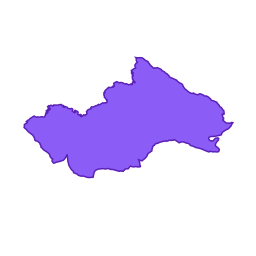 Litjotjela, Leribe, Lesotho (Albers equal-area conic projection), rotated 123°
{"feature_id": "5366337B63854375495217", "entity_name": "Litjotjela", "entity_type": "district", "adm_level": 2, "iso_a3": "LSO", "parent_name": "Lesotho", "parent_adm1": "Leribe", "projection": "albers", "projection_center": [28.008, -28.934], "detail": "fine", "context": "isolated", "style": "filled", "palette": "violet", "viewbox_px": 256, "rotation_deg": 123, "n_neighbors": 0, "source": "geoboundaries", "source_scale": "gbopen_adm2", "svg_char_len": 5824}
<svg xmlns="http://www.w3.org/2000/svg" viewBox="0 0 256 256"><g transform="rotate(123 128 128)"><path d="M181.7,216.8L182.8,215.9L184.2,215.4L184.6,212.3L185.0,211.3L185.4,209.9L185.9,203.8L187.4,200.9L188.3,200.1L188.9,199.4L189.0,198.3L188.5,197.3L188.4,196.1L188.7,194.3L189.0,193.3L189.7,192.7L190.1,191.6L191.5,190.5L191.6,189.3L192.3,186.7L192.3,182.3L192.7,180.0L193.3,178.8L194.3,177.9L195.1,175.7L195.1,174.2L196.1,174.2L197.1,173.7L197.8,172.2L198.0,171.2L197.2,170.4L195.6,169.4L193.3,167.1L190.3,164.7L188.6,164.3L185.3,164.3L183.2,164.7L188.9,160.1L190.0,158.7L191.3,157.6L193.4,153.6L193.9,151.9L194.1,150.2L195.1,149.3L194.4,145.7L194.7,143.8L193.9,141.0L192.7,139.5L191.4,134.8L190.1,132.7L189.5,132.1L188.4,130.4L184.9,131.8L183.4,132.2L181.7,132.3L180.3,131.7L178.7,130.6L175.5,126.6L174.8,124.7L173.3,123.3L172.8,122.4L172.0,119.6L171.4,118.8L171.0,117.9L169.1,111.8L168.6,111.3L167.5,109.9L167.5,109.3L167.0,109.0L166.8,108.4L166.1,108.5L165.5,108.1L164.2,108.1L162.7,106.7L162.4,105.9L162.0,105.6L159.8,105.5L158.6,105.1L158.3,103.7L157.8,102.6L157.2,101.6L156.1,100.5L155.4,98.7L154.8,97.9L154.2,97.6L154.2,96.9L153.6,96.6L152.9,97.1L152.0,98.5L151.1,99.0L150.4,99.6L148.8,101.8L148.3,99.4L147.8,98.3L144.2,97.2L141.5,96.8L139.4,97.2L138.2,97.2L134.3,95.5L132.0,96.6L130.8,96.8L130.1,97.2L128.5,96.9L128.1,96.4L127.0,96.7L126.0,95.9L125.4,95.8L124.9,95.4L124.7,94.7L123.4,94.1L122.6,93.5L119.4,90.6L118.3,89.3L118.4,88.8L118.2,88.5L116.7,87.2L115.6,86.5L115.1,85.7L115.1,85.2L114.5,84.7L113.8,83.5L112.6,83.1L112.4,78.7L112.6,77.3L112.5,77.0L111.3,76.2L110.3,75.2L109.4,73.8L109.0,71.2L108.3,69.6L108.0,67.9L108.5,67.1L108.5,65.4L107.9,64.0L107.4,60.2L106.6,58.5L105.6,55.3L104.6,49.6L104.0,47.0L103.3,47.0L103.0,46.8L101.7,43.7L100.4,41.9L99.6,40.3L98.8,39.4L98.2,39.2L97.2,39.3L96.2,39.8L95.8,40.9L95.5,42.6L95.4,44.8L94.8,45.4L93.1,46.0L91.3,46.0L89.0,45.6L87.3,46.3L87.3,47.1L87.6,47.6L88.8,48.9L89.5,49.2L92.5,49.7L92.9,49.9L93.0,50.6L93.8,52.0L93.8,53.2L92.9,54.6L92.1,54.9L91.7,55.0L91.1,54.7L90.3,54.1L89.6,53.4L87.9,50.8L83.3,46.3L82.7,46.0L81.4,46.5L80.4,46.5L79.2,46.2L75.4,44.4L75.0,43.9L73.1,43.2L70.1,42.7L67.4,43.1L66.5,42.9L66.6,43.6L66.9,44.1L67.4,44.5L67.8,44.4L68.5,45.0L68.8,46.0L69.5,46.8L70.2,48.1L70.3,48.6L69.8,52.7L69.3,53.1L68.4,52.7L68.0,52.9L67.6,53.3L67.4,54.2L65.5,56.3L65.0,56.4L64.6,56.1L64.7,55.7L64.5,55.2L64.0,55.0L63.5,55.2L61.2,57.2L61.0,58.7L60.2,60.3L60.0,61.0L60.1,62.2L59.9,63.0L59.0,64.6L58.7,66.6L58.0,67.6L58.7,71.2L59.3,73.0L59.2,73.8L58.5,74.8L58.7,76.1L58.2,76.9L58.5,79.9L59.0,80.3L59.3,80.8L59.4,81.5L59.4,83.5L60.1,86.3L60.6,86.8L61.9,87.3L62.3,88.0L63.0,90.1L63.1,92.3L64.0,92.8L64.4,93.7L64.8,95.9L64.2,101.3L63.4,103.8L62.0,105.8L61.7,107.1L62.1,109.7L61.9,110.3L62.0,111.3L61.4,113.2L62.6,121.1L62.5,121.5L61.7,122.4L61.7,123.3L61.3,124.7L61.5,126.2L61.2,127.2L61.1,128.3L61.4,130.3L60.8,132.1L60.8,132.5L61.4,136.4L62.7,137.3L62.8,138.1L63.9,139.2L63.5,141.5L62.9,144.2L62.3,145.4L62.3,146.0L61.5,147.1L61.4,148.0L61.8,149.7L61.4,153.3L61.5,154.2L61.9,155.4L64.1,158.5L64.7,159.9L65.0,159.1L66.7,158.0L68.0,155.9L69.3,156.5L71.5,156.5L72.5,155.7L73.4,154.3L76.1,155.8L78.0,156.5L78.8,155.6L78.6,154.1L79.0,153.5L79.5,153.6L79.4,154.7L79.6,155.1L80.0,155.1L80.4,153.9L81.2,153.3L80.9,152.6L80.9,152.3L81.3,152.1L82.3,152.5L83.0,152.2L83.4,151.7L84.6,150.8L84.6,150.1L85.6,149.3L86.2,149.2L86.2,148.8L85.4,148.6L85.3,148.3L86.1,146.9L86.3,147.2L86.2,147.8L87.2,148.8L88.1,148.9L89.2,148.1L89.5,148.5L89.4,149.5L90.2,149.6L91.0,150.8L91.5,151.1L91.7,153.3L91.9,153.8L92.3,153.9L92.7,154.4L92.9,155.8L93.0,157.0L93.7,158.8L94.9,160.1L95.3,162.8L95.8,163.1L96.4,163.1L96.7,163.6L97.6,164.0L98.2,164.3L98.6,164.2L99.8,162.7L100.7,162.4L101.0,163.4L101.3,163.4L101.3,162.7L101.7,162.6L101.9,162.7L101.9,163.2L102.2,163.7L103.1,164.2L103.8,164.9L104.2,166.2L104.4,166.3L105.3,166.7L105.8,166.5L107.0,167.1L109.2,167.6L109.7,167.3L110.4,167.4L110.8,166.8L111.0,167.2L111.6,167.4L112.4,166.7L113.4,166.4L113.4,165.9L113.7,165.6L114.4,164.9L115.0,164.7L115.3,163.3L115.9,161.7L115.8,161.1L116.0,161.0L116.8,160.8L116.8,160.2L117.2,159.8L118.4,159.7L119.1,160.5L119.5,161.3L120.5,161.9L120.6,162.9L124.3,164.6L124.4,164.9L124.2,165.5L124.5,165.7L126.1,166.3L127.2,167.4L128.6,168.0L129.2,168.7L129.7,169.1L130.0,170.0L131.0,170.3L132.1,169.4L133.1,170.6L134.9,171.6L136.1,171.7L136.7,171.3L137.1,171.6L137.5,171.0L138.4,170.4L138.6,170.1L138.9,170.1L139.8,170.7L140.9,170.9L140.9,172.0L141.1,172.4L143.2,172.7L143.9,173.4L144.0,174.2L143.7,174.7L143.2,174.6L142.7,174.2L142.4,174.6L142.6,175.4L143.9,176.5L143.9,177.5L143.7,177.7L142.6,178.1L142.0,178.4L141.6,179.2L141.6,179.6L141.9,180.7L141.9,181.7L142.3,182.2L142.7,182.2L143.5,180.6L144.2,181.1L144.4,182.2L144.1,184.0L142.9,184.2L142.4,184.6L142.2,185.1L142.3,185.8L143.2,186.9L144.2,188.8L144.1,189.7L143.7,190.5L144.1,191.3L144.1,192.1L144.7,192.6L145.2,192.5L145.5,192.8L145.6,193.3L144.6,193.4L144.3,194.3L144.6,194.6L145.3,194.8L145.4,195.0L144.6,196.1L144.5,196.5L145.8,198.3L147.0,199.2L148.1,201.1L148.6,201.6L148.9,202.6L149.4,202.9L150.0,202.6L150.5,203.1L150.8,204.9L151.3,205.4L152.1,205.5L152.3,205.7L152.3,206.5L152.6,206.7L153.9,207.0L154.2,206.1L154.2,205.7L154.4,205.6L154.8,205.8L155.0,205.5L155.3,204.8L155.2,204.4L154.7,204.2L154.1,204.3L154.4,203.6L154.8,203.4L155.8,203.8L156.1,204.6L156.0,205.0L156.3,205.3L156.6,205.2L157.0,204.2L157.5,204.1L158.2,204.3L158.2,204.6L157.8,204.8L157.4,205.5L157.8,206.0L158.3,205.8L159.0,204.5L158.7,204.1L158.8,203.7L159.5,203.9L160.1,205.0L160.4,205.1L160.8,204.8L160.9,204.3L161.3,204.5L164.3,204.0L165.1,205.1L165.3,206.3L167.3,208.3L167.9,209.8L168.7,210.6L169.1,212.2L169.1,213.3L173.5,215.3L175.4,215.6L176.3,216.4L178.0,216.7L177.7,215.6L178.8,215.4L180.5,216.4L181.7,216.8Z" fill="#8b5cf6" stroke="#5b21b6" stroke-width="1.5"/></g></svg>